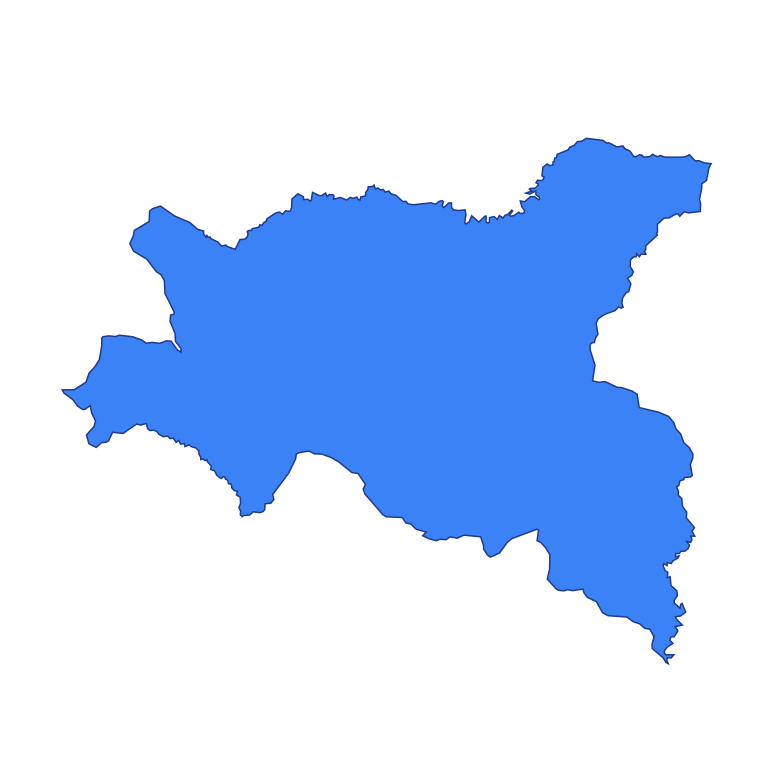 La Palma, Cundinamarca, Colombia, rotated 274°
{"feature_id": "7082276B19897165223150", "entity_name": "La Palma", "entity_type": "district", "adm_level": 2, "iso_a3": "COL", "parent_name": "Colombia", "parent_adm1": "Cundinamarca", "projection": "orthographic", "projection_center": [-74.393, 5.347], "detail": "fine", "context": "isolated", "style": "filled", "palette": "blue", "viewbox_px": 768, "rotation_deg": 274, "n_neighbors": 0, "source": "geoboundaries", "source_scale": "gbopen_adm2", "svg_char_len": 6152}
<svg xmlns="http://www.w3.org/2000/svg" viewBox="0 0 768 768"><g transform="rotate(274 384 384)"><path d="M545.9,148.5L542.7,140.8L540.1,138.1L529.8,138.4L519.7,124.2L514.3,123.6L506.3,120.6L499.0,125.0L492.0,138.6L480.2,149.1L477.4,154.0L471.8,157.7L459.1,159.2L441.0,169.8L438.8,169.4L437.9,166.3L431.5,166.2L419.8,172.1L412.0,173.0L405.2,179.0L401.7,179.3L403.3,175.7L411.9,168.6L411.9,163.9L408.9,157.5L409.3,149.5L408.1,144.0L411.1,138.9L413.6,130.0L414.2,116.6L412.6,113.0L412.8,106.0L411.6,100.4L410.1,99.3L403.0,99.8L388.7,98.4L381.2,94.5L374.4,89.1L365.0,86.6L356.6,75.1L355.7,63.4L352.4,65.6L346.6,74.8L340.5,80.0L337.6,85.1L337.8,87.5L342.0,92.4L334.3,94.6L327.1,98.8L321.6,97.8L312.4,90.8L303.8,93.8L300.7,101.3L305.8,106.4L306.6,111.0L308.1,113.2L316.9,116.6L316.5,127.2L326.7,139.8L326.1,144.4L328.1,149.6L323.0,151.3L321.2,153.9L321.9,157.2L320.8,160.7L318.2,162.8L316.0,167.6L317.0,171.9L314.6,174.3L315.4,177.5L311.3,180.7L313.4,183.3L309.8,185.2L310.7,188.9L307.7,189.8L309.8,193.9L308.1,195.9L307.2,200.5L304.5,204.0L300.9,204.3L298.4,206.2L295.8,206.5L296.7,208.6L295.1,210.9L296.1,212.8L294.1,213.3L290.1,217.4L286.6,217.1L285.7,221.0L281.5,223.4L278.9,227.0L278.5,228.7L280.4,229.8L280.1,231.7L278.1,232.4L277.1,234.9L273.6,235.8L273.7,238.5L269.6,239.5L267.2,242.2L266.7,245.2L263.0,244.6L261.0,248.5L254.7,249.2L250.5,247.9L247.2,249.9L243.5,249.8L241.8,251.8L243.1,253.3L243.9,259.0L247.4,262.5L247.0,269.1L248.3,272.3L250.6,273.8L256.2,273.7L257.3,279.6L261.3,282.2L265.8,280.6L288.8,295.3L303.3,301.1L307.8,301.4L309.4,303.7L311.9,313.9L309.5,319.5L309.7,326.8L307.0,336.5L303.1,344.3L293.4,358.2L292.9,364.4L282.6,372.4L277.7,370.6L273.1,372.5L253.5,392.0L251.7,395.5L252.1,411.5L247.0,415.5L246.1,420.7L241.4,426.1L239.3,436.4L235.3,433.2L232.9,439.4L231.3,447.0L233.0,450.7L233.1,456.9L236.1,460.5L235.3,467.8L238.8,474.2L238.3,491.1L230.1,494.5L226.3,494.9L220.6,499.2L218.7,502.1L223.3,510.9L234.3,517.8L238.6,522.1L249.9,546.9L248.8,548.4L238.4,547.6L237.0,551.3L231.9,556.7L225.2,561.4L210.9,562.1L200.8,560.5L191.5,570.1L190.4,572.6L190.2,578.1L191.7,581.5L191.0,586.4L193.3,596.8L189.7,598.0L185.3,601.8L181.7,611.0L171.1,618.0L168.5,623.7L168.5,642.5L164.3,649.1L162.6,655.7L158.4,661.2L158.0,666.2L150.6,671.1L143.3,669.6L138.8,670.0L130.3,681.6L125.9,684.6L124.8,687.0L128.4,685.4L130.7,685.8L130.8,689.7L134.1,692.0L133.5,684.1L135.2,682.5L137.8,682.5L141.4,685.0L145.4,690.4L148.3,686.9L151.6,687.7L152.2,691.1L158.2,694.4L162.3,691.5L164.3,698.4L169.5,692.5L172.2,690.9L173.2,695.9L177.5,700.8L186.0,696.6L184.9,695.4L181.0,694.9L185.7,688.8L188.3,688.6L193.4,691.4L198.1,690.6L202.9,684.4L211.7,682.9L210.5,680.2L216.1,680.2L217.3,677.6L222.1,675.1L224.4,675.8L222.6,679.0L225.6,679.0L225.0,683.1L227.9,684.7L230.7,689.2L233.0,690.3L232.1,686.9L235.3,686.7L235.4,690.3L237.8,691.8L238.3,695.9L241.1,698.9L244.3,700.0L248.1,696.9L247.4,701.0L249.8,702.0L253.7,700.9L253.9,704.6L258.5,701.6L262.4,703.7L271.7,694.9L277.3,694.9L282.7,690.3L290.6,689.0L293.6,685.3L297.5,685.2L302.0,683.1L303.3,685.2L308.1,686.0L309.5,689.7L311.7,690.2L312.6,696.1L314.2,697.9L325.0,695.2L331.7,697.2L335.6,697.0L341.6,693.2L346.5,687.1L354.9,683.4L359.7,678.3L365.5,675.9L371.4,670.3L375.0,660.1L378.3,640.2L391.5,637.2L394.4,631.6L397.0,621.2L397.0,616.7L401.9,604.4L400.7,598.9L401.7,591.8L417.4,593.2L432.1,587.4L436.8,586.7L439.3,588.0L440.1,591.0L444.7,591.8L448.3,593.9L459.5,591.4L464.2,593.3L468.9,599.3L473.4,609.5L477.2,612.5L476.3,615.3L477.1,617.2L481.4,615.6L486.6,616.0L492.3,619.4L493.1,621.6L501.0,623.3L506.8,619.5L509.4,623.5L513.3,624.9L518.5,621.3L525.2,621.3L528.3,624.3L528.5,626.6L531.5,627.0L528.8,629.9L531.5,631.3L531.7,636.2L534.7,634.6L536.4,635.8L540.0,635.4L551.6,646.3L553.6,645.3L554.6,646.2L562.3,645.6L569.0,651.7L569.6,656.8L574.1,663.5L574.2,665.6L571.9,667.3L576.9,671.5L575.9,675.8L578.2,687.5L585.9,687.3L590.3,685.8L600.9,687.3L605.8,687.0L609.6,691.5L622.4,693.1L626.7,695.0L626.8,688.7L628.7,682.3L628.3,678.8L634.0,672.8L631.3,667.9L629.9,648.7L631.2,643.4L629.7,641.1L631.9,635.8L629.5,633.6L628.4,627.4L630.4,625.1L630.4,622.7L628.2,619.4L628.2,617.4L633.7,612.9L635.4,608.1L638.2,605.7L636.7,599.8L640.4,591.3L639.7,589.6L642.3,585.5L643.2,568.7L639.9,564.2L639.3,560.0L635.5,557.3L633.2,552.9L630.3,551.2L625.2,540.7L622.2,540.4L621.0,538.5L618.1,538.3L617.0,537.0L614.1,537.3L613.5,533.8L614.9,531.4L611.3,527.4L602.7,527.0L601.5,529.2L598.9,528.5L597.9,527.2L598.0,522.9L595.4,521.6L594.1,524.1L593.1,524.0L590.0,521.2L589.1,515.7L588.3,515.4L586.9,518.1L584.3,512.2L583.6,516.2L587.2,522.0L583.5,522.4L581.0,526.0L579.2,526.2L578.5,525.2L581.5,521.1L581.0,516.9L575.6,511.6L576.1,507.2L570.5,509.1L566.5,512.4L564.1,511.3L563.6,508.3L564.8,506.4L561.2,502.2L560.2,498.5L561.2,497.3L565.5,500.3L566.3,499.3L561.7,495.6L560.7,492.9L558.0,491.3L560.1,487.4L556.0,485.5L558.7,482.2L557.4,477.7L552.8,477.8L551.6,476.4L553.0,474.3L558.6,474.3L558.4,472.8L552.2,467.4L557.9,459.8L551.6,457.6L549.4,454.6L550.4,453.3L558.8,453.9L563.4,452.8L562.2,445.8L562.6,441.2L564.7,439.1L569.4,438.7L569.2,436.1L564.2,431.5L565.4,429.7L570.2,430.5L571.0,429.3L570.1,426.4L566.9,422.6L568.0,418.3L564.9,401.2L565.3,395.3L567.7,393.4L567.4,390.0L573.0,382.8L574.2,378.0L576.8,375.2L575.5,371.8L578.0,369.8L577.4,367.0L579.1,364.3L578.0,361.7L581.8,360.2L580.0,358.4L579.7,354.5L576.9,354.3L573.8,352.4L570.2,352.3L569.0,347.8L565.9,347.3L566.2,345.5L568.5,343.8L567.0,340.0L567.9,337.7L565.0,333.9L567.1,327.2L564.7,320.8L568.4,320.9L569.1,320.1L569.1,316.1L567.0,314.1L570.4,312.4L567.5,308.5L567.4,306.3L570.2,299.3L562.2,298.6L561.3,297.6L562.9,295.3L562.4,290.8L565.1,290.6L567.8,284.8L562.1,279.3L553.3,279.5L549.7,278.2L549.8,273.6L546.3,271.0L548.2,267.5L547.0,264.1L540.7,255.7L538.3,255.2L536.5,252.7L533.6,251.2L534.3,249.1L531.6,248.1L529.8,241.8L528.0,241.1L527.6,238.0L526.3,236.9L524.3,238.0L521.0,237.3L518.6,234.7L518.1,230.3L508.0,226.2L510.2,218.1L511.6,216.5L510.2,212.4L514.0,208.4L516.9,201.2L518.5,200.1L518.1,198.5L519.8,196.9L518.0,196.2L521.0,193.6L524.0,193.4L525.4,187.1L531.5,179.1L537.0,163.4L545.9,148.5Z" fill="#3b82f6" stroke="#1e3a8a" stroke-width="1.5"/></g></svg>